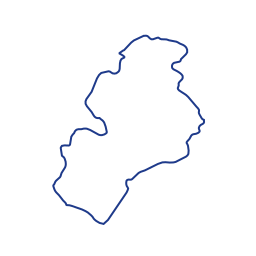 map outline of Kronoberg (Albers equal-area conic projection), rotated 317°
{"feature_id": "SWE-182", "entity_name": "Kronoberg", "entity_type": "County", "adm_level": 1, "iso_a3": "SWE", "parent_name": "Sweden", "parent_adm1": "", "projection": "albers", "projection_center": [14.682, 56.81], "detail": "fine", "context": "isolated", "style": "outline", "palette": "blue", "viewbox_px": 256, "rotation_deg": 317, "n_neighbors": 0, "source": "natural_earth", "source_scale": "10m", "svg_char_len": 2808}
<svg xmlns="http://www.w3.org/2000/svg" viewBox="0 0 256 256"><g transform="rotate(317 128 128)"><path d="M44.7,181.5L42.5,178.1L41.4,174.4L41.2,173.0L41.1,171.9L41.1,170.8L41.3,170.0L41.5,168.7L41.5,166.8L41.0,162.4L40.2,159.7L38.8,156.2L33.8,146.7L32.5,144.6L30.7,142.7L30.5,142.2L31.0,141.0L31.2,140.2L31.2,139.0L31.1,136.8L31.7,130.0L31.6,126.0L31.9,124.0L32.5,122.3L33.5,120.1L33.9,119.4L34.4,119.0L35.7,118.8L38.3,117.7L39.5,117.5L44.7,117.6L45.7,117.3L48.7,115.6L55.1,113.9L56.6,113.1L57.9,112.0L59.4,110.1L60.7,107.4L61.1,105.9L60.8,103.2L65.2,96.7L66.1,96.3L67.5,96.0L69.7,97.4L72.8,100.5L73.7,100.7L74.4,100.5L80.6,95.7L83.1,95.1L85.1,95.0L86.9,94.2L88.3,94.1L89.3,94.2L91.0,95.1L93.0,97.0L95.1,98.2L96.4,99.3L97.4,100.4L97.7,101.0L99.0,103.7L102.0,112.9L102.8,114.2L104.0,115.4L106.4,116.6L108.7,117.0L109.3,116.8L109.5,116.6L109.8,116.4L112.6,111.7L114.3,107.7L114.5,106.2L114.5,105.0L114.1,102.8L114.0,101.5L114.0,101.3L112.8,100.3L112.1,99.5L111.5,98.3L111.3,96.8L111.5,95.3L112.3,91.5L112.8,84.0L113.5,81.4L115.2,79.5L117.3,78.5L126.1,76.7L139.1,70.6L143.0,69.5L146.0,69.5L152.4,73.2L153.2,74.3L153.6,76.0L154.0,77.5L155.2,79.0L156.8,80.0L159.3,80.3L160.6,80.1L162.2,79.1L166.3,75.1L168.5,73.6L170.3,73.1L173.3,73.9L173.8,73.6L173.9,72.6L173.6,71.1L172.6,67.8L173.0,67.4L177.3,68.0L178.2,68.4L188.6,67.7L192.1,68.0L202.4,71.3L204.3,73.0L204.9,74.0L205.1,75.2L205.1,77.2L205.6,79.0L206.7,80.1L211.0,82.0L211.8,82.6L212.0,83.2L212.2,84.0L212.4,84.9L213.0,85.9L216.4,89.3L217.1,90.4L217.8,91.8L222.2,97.8L222.8,99.2L223.1,100.2L223.3,100.9L223.5,101.6L224.9,104.7L225.4,106.5L225.5,108.7L224.7,111.0L222.9,113.0L220.7,113.6L213.7,113.8L212.4,114.6L211.7,114.7L210.9,114.6L206.2,111.8L204.7,111.6L203.6,111.9L202.6,112.5L201.7,113.5L201.2,114.6L201.3,116.1L202.6,119.7L203.2,121.8L203.6,123.8L203.7,125.6L203.5,127.0L202.8,128.0L201.9,128.8L200.9,129.2L197.2,129.4L196.1,129.6L195.2,130.1L194.3,131.3L193.5,131.8L191.6,132.8L191.1,133.7L191.0,135.2L191.7,138.2L192.6,141.7L193.0,143.5L193.2,146.3L192.6,159.1L192.6,161.5L192.3,163.0L191.6,164.0L190.7,164.6L190.0,165.5L189.5,166.9L188.5,171.3L188.5,171.8L188.5,172.4L189.1,173.8L187.6,175.6L186.7,176.0L185.6,176.0L183.4,175.4L181.8,175.4L180.2,176.0L179.4,176.8L179.0,177.7L178.7,178.5L178.3,179.1L177.8,179.4L176.9,179.5L175.6,179.3L173.8,178.6L171.5,177.1L170.4,176.7L169.1,176.7L165.5,177.9L162.1,178.2L161.3,178.4L160.7,178.9L160.5,179.8L160.2,180.8L159.7,182.0L157.0,185.8L154.5,188.1L152.8,188.6L150.9,188.5L139.7,185.3L137.8,184.2L135.0,181.8L132.1,178.6L129.7,176.6L125.4,174.7L111.4,170.5L107.4,168.7L105.1,168.1L96.1,168.2L94.9,167.8L93.1,166.0L92.0,165.5L90.9,165.6L89.6,166.6L88.5,167.8L87.9,168.8L87.5,169.7L87.2,171.4L86.8,172.4L85.4,173.2L83.0,174.2L50.6,181.6L44.7,181.5Z" fill="none" stroke="#1e3a8a" stroke-width="2"/></g></svg>